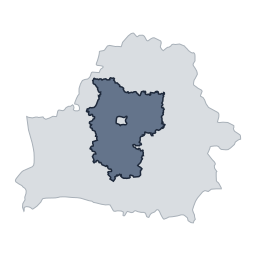 location of Minsk within Belarus
{"feature_id": "BLR-2345", "entity_name": "Minsk", "entity_type": "Region", "adm_level": 1, "iso_a3": "BLR", "parent_name": "Belarus", "parent_adm1": "", "projection": "albers", "projection_center": [27.803, 53.681], "detail": "fine", "context": "in_parent", "style": "filled", "palette": "slate", "viewbox_px": 256, "rotation_deg": 0, "n_neighbors": 0, "source": "natural_earth", "source_scale": "10m", "svg_char_len": 9206}
<svg xmlns="http://www.w3.org/2000/svg" viewBox="0 0 256 256"><path d="M221.3,188.8L216.8,188.8L211.3,189.2L208.3,191.5L204.9,190.6L202.6,191.9L197.5,198.0L195.5,201.3L193.6,206.3L192.5,209.9L193.3,212.4L194.4,214.8L194.7,217.3L195.3,219.3L194.0,220.8L193.3,222.9L191.0,222.6L188.1,220.7L187.4,217.8L185.1,215.9L183.6,214.9L181.3,214.8L177.5,215.9L172.6,216.7L168.9,217.0L166.8,218.1L163.9,219.2L162.7,218.0L160.9,214.7L159.5,211.5L158.5,210.1L157.7,209.7L156.7,209.8L155.6,210.9L154.7,211.9L151.6,213.2L150.3,214.4L148.8,217.4L147.8,217.2L146.7,216.6L145.5,213.2L143.9,212.4L141.3,212.4L138.0,211.7L135.4,210.7L134.4,211.0L132.9,212.4L131.2,212.6L127.5,211.4L126.8,212.0L124.6,215.7L123.6,215.8L123.0,215.4L123.4,212.1L121.2,211.0L117.6,210.8L115.0,211.3L113.8,211.1L113.2,210.5L110.1,205.0L108.5,204.7L105.5,204.9L101.2,204.2L96.2,202.9L93.5,202.4L92.0,201.2L89.0,200.7L80.8,198.2L77.4,197.7L72.5,197.5L64.9,196.8L60.1,196.9L57.8,197.5L55.2,197.9L46.2,198.1L42.9,198.6L42.0,199.7L40.8,202.1L36.9,206.2L33.1,208.9L32.4,209.1L30.4,207.5L28.7,206.9L26.6,206.6L25.1,207.0L24.2,207.6L24.1,211.0L23.9,211.3L22.5,207.2L22.8,203.7L23.9,201.7L25.0,199.9L24.8,197.1L26.0,193.5L26.2,190.9L25.8,189.7L25.0,188.4L22.8,186.8L21.9,185.6L18.8,183.9L15.8,181.8L15.4,180.6L15.6,179.8L16.2,178.6L18.8,175.3L21.6,172.0L23.3,170.7L32.2,166.8L33.6,165.3L34.1,162.7L34.2,157.5L34.0,152.7L33.5,149.3L32.2,143.0L28.5,129.9L26.7,116.5L28.4,117.3L32.4,117.9L35.6,117.1L37.3,117.1L38.7,117.5L43.0,116.9L43.9,118.2L45.8,119.3L49.5,118.0L52.9,116.3L56.3,116.6L56.8,115.7L57.8,111.0L58.9,110.0L62.9,110.7L64.4,109.9L66.1,107.6L68.5,106.3L70.5,106.3L72.6,104.8L73.6,105.9L74.0,107.9L73.3,109.4L73.6,110.0L75.0,110.8L77.5,110.9L79.1,110.3L79.4,109.4L79.5,107.8L79.1,106.3L78.1,104.9L76.2,104.2L74.9,104.1L74.6,103.3L75.2,101.6L76.5,98.3L78.0,95.4L79.0,94.3L79.1,93.3L79.0,91.5L79.1,88.3L80.5,83.9L82.4,80.5L84.8,79.5L87.7,79.0L89.6,77.4L90.5,75.6L91.4,72.7L92.3,72.1L99.2,72.6L100.3,69.8L100.9,69.0L102.3,68.1L103.2,67.1L102.9,66.3L101.1,65.8L97.0,65.3L96.2,64.3L96.5,63.1L97.6,60.2L98.7,56.3L99.3,53.4L99.4,51.6L100.0,51.2L103.4,50.6L104.5,50.1L107.4,46.0L109.6,45.4L115.3,46.5L117.9,46.4L121.1,46.7L121.4,46.3L122.6,42.3L128.2,35.9L131.1,33.6L133.0,33.1L133.7,33.2L136.7,36.6L137.4,36.7L139.3,35.3L142.8,35.2L144.4,36.3L146.7,40.5L147.9,40.9L151.2,38.6L153.0,37.8L154.2,37.8L160.6,40.9L161.1,41.9L161.2,43.1L160.3,46.9L161.6,49.2L163.2,50.7L166.4,48.1L167.6,47.3L168.9,47.2L170.6,46.2L171.8,44.7L173.1,44.2L175.4,44.5L179.6,44.0L184.6,46.1L185.0,46.8L187.6,49.4L188.5,50.7L189.3,51.1L190.7,52.3L192.4,53.0L193.6,52.7L194.2,53.2L194.8,54.2L195.0,55.9L195.0,60.9L193.3,63.6L193.1,64.5L193.3,65.6L194.8,67.7L196.7,71.0L197.2,72.9L197.3,74.4L195.0,78.8L194.2,79.9L193.7,82.0L193.5,84.1L193.7,85.0L198.1,88.3L201.3,90.0L202.0,90.9L202.1,91.4L200.6,95.2L200.5,96.2L203.1,97.6L204.6,99.9L206.0,103.7L208.5,107.4L217.7,112.4L218.6,113.3L218.9,114.5L218.8,117.0L217.4,122.0L219.0,122.6L222.9,122.2L227.8,122.5L233.8,125.6L233.9,127.2L233.4,128.6L233.9,130.1L234.6,131.3L239.9,134.8L240.4,135.9L240.6,137.8L240.6,139.2L239.2,139.5L237.7,140.3L235.3,142.1L234.4,144.5L230.5,148.0L228.1,149.6L226.0,149.8L221.2,149.4L219.4,147.9L218.6,146.5L216.7,145.9L214.2,146.0L210.9,146.4L210.2,146.9L209.7,148.7L208.4,151.9L207.5,153.6L212.1,159.5L214.4,161.9L215.2,163.3L215.2,164.4L214.3,165.8L214.6,168.3L216.9,171.6L216.2,172.2L216.2,176.4L216.4,180.8L217.1,181.8L218.3,182.7L219.3,184.2L221.2,187.8L221.3,188.8Z" fill="#d9dde1" stroke="#a8b0b8" stroke-width="1"/><path d="M110.5,77.8L112.3,78.3L113.5,78.0L113.9,78.2L114.4,78.8L113.7,80.2L114.4,80.8L114.9,81.6L115.2,82.9L117.4,83.0L118.0,83.8L119.8,85.4L119.8,85.7L119.7,86.5L122.1,87.1L123.2,87.9L123.6,88.3L123.3,89.5L123.8,90.2L124.0,90.9L124.7,91.5L125.1,92.1L126.4,92.5L127.0,92.5L127.5,91.9L127.9,91.8L128.3,92.0L128.4,92.9L128.5,93.1L131.4,92.3L132.7,92.6L134.0,91.8L135.7,91.7L136.4,92.2L137.1,93.5L138.2,94.2L138.5,94.9L139.5,95.5L139.9,95.6L140.2,95.3L141.5,91.8L143.4,91.2L143.6,91.2L144.1,92.1L144.4,92.0L145.0,91.3L145.3,91.4L145.7,92.1L145.3,93.1L145.3,93.4L145.4,93.9L145.7,94.2L147.2,94.7L147.9,94.2L149.0,94.3L149.3,94.4L149.4,95.1L149.7,95.2L150.4,95.0L150.7,94.4L150.7,94.2L150.2,93.4L150.4,92.7L150.5,92.5L154.2,93.0L154.8,92.7L155.4,91.8L156.3,91.4L156.5,91.4L156.2,91.8L156.2,92.1L156.4,92.1L156.7,92.2L157.8,91.7L158.1,91.8L158.4,92.7L158.4,93.8L158.6,94.0L159.3,94.0L160.2,94.3L161.5,93.5L163.1,93.9L163.5,93.5L163.6,92.5L164.0,92.6L164.3,92.9L164.4,94.0L163.2,95.4L163.6,96.1L163.7,96.4L163.0,97.6L162.8,100.9L162.6,101.6L161.8,103.1L162.8,104.4L162.8,104.7L162.6,105.1L161.7,106.0L161.6,107.2L162.0,107.8L162.3,107.9L163.0,107.6L163.1,108.1L163.8,108.4L163.9,109.1L164.1,109.4L163.4,110.1L163.4,112.5L162.9,112.8L162.8,113.1L163.2,113.8L163.3,114.4L162.4,115.6L161.7,116.1L161.5,116.7L161.4,117.1L161.9,118.0L162.0,118.5L162.0,120.1L162.1,120.4L161.9,121.0L162.0,121.2L162.6,121.7L162.0,122.7L162.2,122.8L162.9,122.5L163.0,122.6L162.9,123.1L162.1,123.7L162.9,123.9L163.3,124.2L164.0,124.2L164.4,124.5L164.9,124.6L164.8,125.0L164.3,125.7L163.2,126.2L163.1,126.4L163.2,126.7L163.9,127.0L163.8,127.3L163.2,127.7L163.0,128.2L162.9,128.3L162.6,128.3L162.2,127.8L161.8,127.8L160.5,129.3L158.8,130.3L158.1,130.3L157.6,129.9L156.7,129.7L156.3,129.9L155.3,131.0L155.3,131.4L155.6,132.4L155.3,133.0L155.0,133.1L152.7,133.5L152.7,134.8L152.9,135.6L151.8,135.7L151.5,135.5L150.8,134.2L151.0,133.3L150.9,133.0L150.3,133.4L149.7,132.8L149.2,132.8L148.7,133.1L146.6,132.7L145.3,132.1L145.0,132.1L144.7,132.6L144.9,133.8L144.8,134.2L144.5,134.5L143.4,134.8L144.1,135.1L144.1,135.3L143.1,135.8L142.6,136.2L141.3,136.2L140.6,137.0L140.1,137.9L140.2,139.4L140.1,140.8L139.9,141.2L139.3,141.9L139.2,142.3L139.5,142.7L140.9,143.3L141.4,144.3L141.3,144.7L139.7,145.1L139.4,145.7L139.1,145.7L136.4,145.6L135.9,145.8L135.0,144.8L134.3,144.5L133.6,144.6L132.8,145.1L133.5,146.9L135.2,147.5L136.1,148.7L137.1,148.9L138.2,149.4L138.7,148.4L139.7,148.5L140.0,149.1L140.3,150.2L140.6,150.8L141.5,150.7L142.3,150.2L142.8,150.2L143.0,150.4L142.7,151.0L143.3,152.7L143.1,154.5L143.4,155.6L142.4,155.6L141.9,156.8L141.5,157.7L141.6,157.9L142.4,158.5L142.3,159.1L141.4,160.1L141.0,161.6L140.5,162.6L137.7,165.4L138.2,166.0L140.6,167.4L141.9,168.7L141.5,169.2L141.6,169.6L140.5,170.6L140.4,172.6L140.6,174.5L140.5,175.1L138.9,176.6L133.7,177.1L132.8,175.7L130.5,175.1L130.1,175.2L129.8,175.6L129.7,175.9L130.0,176.6L130.1,177.4L129.4,178.0L126.5,178.4L125.7,178.2L123.8,178.3L122.3,177.6L121.4,176.8L121.3,176.5L121.3,174.8L121.2,174.6L120.8,174.7L120.4,175.5L119.7,174.3L117.7,175.8L117.4,175.1L116.8,175.1L116.4,175.4L116.0,176.6L115.0,176.7L115.0,176.9L114.9,177.5L115.2,178.4L114.9,179.1L113.4,181.2L110.0,179.0L110.7,177.9L110.7,177.6L110.5,177.0L108.4,175.0L108.0,174.3L108.4,173.8L108.6,173.5L107.9,172.6L108.1,171.9L108.3,171.7L111.4,171.4L111.6,170.9L111.6,170.3L111.1,169.3L110.8,169.1L109.5,169.1L108.5,168.8L107.6,167.4L107.6,167.0L107.7,166.6L107.7,166.3L106.8,165.6L106.6,165.6L106.2,166.3L105.8,166.4L104.7,165.8L102.1,164.8L100.8,162.5L100.5,162.5L99.8,162.7L99.1,162.6L98.9,162.3L98.9,161.7L98.7,161.3L97.4,160.5L96.4,160.7L96.0,161.9L95.0,162.0L94.1,162.8L93.9,162.7L93.1,161.4L93.2,161.1L93.9,160.6L94.0,160.3L93.6,158.9L92.7,157.2L92.5,156.7L92.4,156.3L93.0,155.8L93.4,154.7L93.8,154.2L94.5,154.0L95.7,154.0L95.8,154.0L95.8,153.5L95.4,152.5L94.6,151.6L92.8,151.3L92.3,151.1L92.1,150.9L92.1,150.2L91.6,149.8L91.5,149.1L90.5,149.1L90.1,148.8L90.1,148.5L90.8,147.1L91.3,146.5L91.7,146.2L92.8,146.2L93.2,145.9L93.2,144.6L92.7,143.4L92.8,141.7L97.3,140.2L96.9,139.5L96.7,138.7L96.9,136.9L96.9,136.5L96.6,136.3L95.6,136.3L95.7,135.6L96.0,134.9L96.2,134.3L95.4,132.9L95.3,131.7L95.0,131.3L94.0,130.7L92.5,130.2L92.2,129.7L92.2,128.4L91.2,128.1L90.4,127.5L90.2,127.1L90.4,125.6L90.5,125.4L91.2,125.4L91.6,124.7L89.9,123.8L89.5,123.4L89.4,123.2L89.5,122.2L89.7,121.8L92.2,120.8L92.6,120.3L93.2,119.0L94.3,118.7L94.5,118.1L94.6,116.9L94.5,116.7L93.1,116.6L92.8,116.1L92.6,114.9L92.4,114.5L91.2,114.4L91.1,114.5L91.0,115.0L90.8,115.2L89.2,115.3L88.7,114.6L88.6,114.1L88.7,112.4L88.9,111.6L88.1,111.1L87.9,111.3L87.7,111.9L87.4,112.0L86.7,111.6L86.5,111.4L86.5,111.1L86.8,110.2L87.3,108.9L88.4,108.9L89.8,107.7L90.2,107.6L91.6,107.8L94.2,107.4L95.6,105.9L96.4,104.5L98.1,99.9L99.0,99.0L99.0,97.6L98.6,96.7L98.5,95.6L99.7,96.1L99.8,95.8L99.9,94.5L100.6,94.4L100.7,94.1L100.5,93.2L100.6,92.1L99.6,92.4L98.8,92.0L98.6,91.7L98.4,91.2L97.6,89.2L97.5,88.9L97.7,88.1L97.6,87.5L96.7,87.0L95.1,84.5L94.1,84.2L93.2,83.3L93.1,83.0L93.1,81.6L92.7,80.5L93.7,79.6L93.8,79.4L93.7,79.0L93.8,78.6L94.2,78.3L95.8,79.1L97.6,79.1L98.4,79.6L99.0,79.5L99.5,79.0L100.9,78.9L101.3,79.1L101.8,79.9L102.0,80.0L102.5,79.8L103.5,79.2L105.8,78.8L106.1,79.0L106.7,79.7L107.7,79.9L109.8,79.7L109.9,79.4L109.7,78.5L110.5,77.8ZM125.1,124.8L126.1,124.6L126.8,123.6L126.5,122.6L125.8,122.0L125.5,120.8L125.6,119.8L126.2,118.6L126.9,117.8L126.9,116.5L126.2,116.3L125.0,117.2L124.1,117.5L123.5,117.5L121.6,116.8L119.2,116.4L117.8,116.7L117.0,117.2L116.5,118.5L116.2,121.2L116.1,122.4L116.4,123.5L117.4,123.7L119.5,124.6L119.9,125.4L120.4,125.6L121.0,124.8L123.5,124.5L125.1,124.8Z" fill="#64748b" stroke="#1e293b" stroke-width="1.5"/></svg>